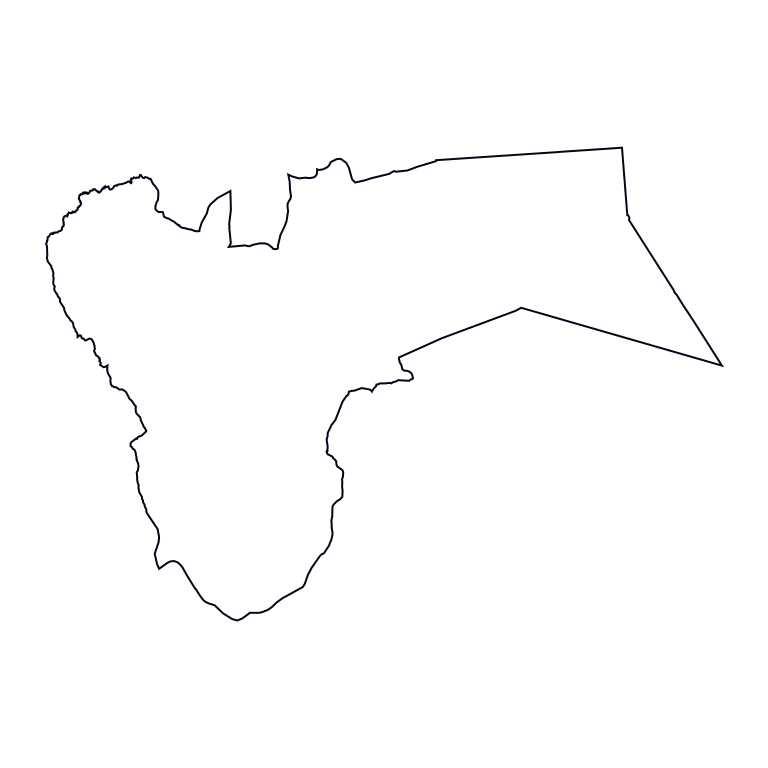 outline of Gatsibo, Eastern, Rwanda
{"feature_id": "39286606B53863210323147", "entity_name": "Gatsibo", "entity_type": "district", "adm_level": 2, "iso_a3": "RWA", "parent_name": "Rwanda", "parent_adm1": "Eastern", "projection": "robinson", "projection_center": [30.287, -1.667], "detail": "fine", "context": "isolated", "style": "outline", "palette": "ink", "viewbox_px": 768, "rotation_deg": 0, "n_neighbors": 0, "source": "geoboundaries", "source_scale": "gbopen_adm2", "svg_char_len": 5982}
<svg xmlns="http://www.w3.org/2000/svg" viewBox="0 0 768 768"><path d="M159.1,568.8L166.9,563.2L169.8,561.6L172.6,561.1L174.6,561.2L177.7,562.4L180.7,565.2L182.5,567.4L186.3,574.3L194.9,588.3L195.5,588.7L200.4,596.3L203.6,600.4L205.5,601.9L208.5,603.3L214.7,605.3L223.1,613.4L232.1,619.0L236.4,620.3L237.9,620.3L242.4,618.4L250.0,612.8L259.2,612.8L262.6,612.0L267.8,609.9L271.6,607.3L276.6,602.5L282.8,598.0L302.7,587.1L304.7,584.1L308.0,574.7L311.9,567.4L319.9,556.0L321.4,554.5L324.0,553.2L329.2,545.3L329.9,542.9L331.3,540.0L332.5,534.6L332.5,532.7L331.7,527.7L331.6,522.0L331.3,521.3L332.2,516.3L332.5,506.6L333.5,504.7L336.4,501.7L338.2,500.3L339.6,499.7L342.3,496.9L342.6,490.7L342.1,487.1L342.3,482.2L342.1,479.1L343.0,476.3L343.2,472.2L342.4,470.1L337.3,466.5L336.5,464.8L336.1,461.0L333.1,458.0L332.3,456.5L327.7,454.3L326.6,452.0L327.3,451.1L326.9,451.0L327.6,448.7L327.6,446.0L326.6,439.6L327.6,436.2L327.7,433.0L328.1,432.2L331.4,425.2L335.4,420.0L342.6,401.5L346.5,396.0L347.8,395.2L348.5,393.9L348.9,391.7L351.1,391.0L354.5,390.6L361.7,388.1L369.2,389.4L370.9,390.2L371.8,391.5L372.2,390.3L372.9,390.2L373.8,388.4L376.1,386.2L376.4,384.6L378.5,384.2L379.8,383.4L385.0,383.4L389.7,382.9L391.2,383.4L393.1,382.2L396.2,381.4L397.9,380.2L409.2,380.8L410.3,379.7L411.7,379.3L413.0,378.3L412.2,374.8L410.9,372.7L408.0,371.0L404.2,370.6L402.3,369.3L401.3,364.8L399.8,362.5L398.9,358.5L399.1,357.4L441.9,338.2L515.6,310.8L521.2,307.8L721.9,365.6L693.9,321.5L682.1,303.6L676.8,295.0L674.5,292.4L673.9,290.5L672.5,288.3L628.9,219.9L629.4,218.6L629.2,217.2L628.2,215.4L627.3,215.2L622.0,147.7L436.0,160.2L435.9,161.2L417.2,166.8L407.4,170.5L396.0,171.7L393.8,171.1L389.1,173.9L370.7,178.4L365.1,180.3L355.3,182.5L352.6,180.0L351.9,178.6L348.8,167.5L346.2,162.8L341.3,159.2L339.5,158.8L336.5,159.2L330.9,162.0L328.8,165.8L327.0,167.4L323.0,169.3L320.5,169.8L318.8,170.0L317.1,169.3L317.0,172.9L316.7,174.4L315.8,175.8L314.1,177.3L310.0,178.1L305.1,177.7L299.1,178.4L291.7,176.3L288.3,174.6L289.7,181.9L290.0,189.6L291.0,196.3L290.4,198.9L288.7,201.4L287.6,203.9L287.5,206.4L288.1,210.9L286.6,220.9L285.0,225.4L280.4,235.2L278.0,245.4L277.8,248.5L276.0,249.2L273.1,248.8L271.9,247.3L268.6,244.7L266.1,243.7L264.2,243.4L259.6,243.4L253.0,244.8L249.9,246.1L247.8,246.1L245.1,245.4L228.8,246.9L230.6,243.9L230.8,242.8L229.3,228.0L229.5,225.4L229.1,224.7L230.9,209.7L230.4,191.0L217.7,197.9L210.3,204.5L208.4,207.5L206.8,213.5L201.7,222.6L199.6,229.3L199.4,231.1L196.3,231.3L194.4,230.9L191.1,229.5L189.2,229.4L185.0,228.2L182.4,227.8L180.7,227.1L178.9,225.0L178.6,224.9L178.3,225.3L174.1,221.7L170.7,220.0L169.0,218.7L167.4,218.4L164.0,216.7L162.9,212.2L162.2,212.0L158.7,212.1L156.2,210.2L155.3,208.7L155.4,207.2L155.6,205.5L156.9,201.6L158.0,200.0L158.4,193.9L158.1,190.6L155.1,186.1L153.0,183.8L150.5,178.8L149.2,178.9L148.1,177.9L145.3,177.0L144.2,178.1L143.0,177.8L141.6,176.5L141.1,175.3L140.2,174.9L139.4,176.3L139.0,177.6L136.9,177.5L136.2,178.0L135.2,178.0L134.0,177.3L132.8,178.6L131.9,178.8L131.4,178.4L130.7,179.7L131.2,180.6L131.6,182.6L131.1,183.2L128.8,181.4L127.5,181.8L126.2,182.7L121.9,184.1L118.2,184.5L117.3,185.5L116.6,185.7L116.2,185.3L114.4,186.0L112.5,188.7L110.6,189.6L110.1,189.6L109.4,188.8L108.4,186.5L106.8,187.1L105.8,186.7L105.2,187.3L105.1,187.0L104.9,187.5L104.7,187.1L104.5,187.4L104.1,187.1L103.6,187.5L103.8,188.0L103.2,188.7L102.7,188.7L102.7,189.1L101.8,189.4L101.0,191.1L100.1,192.0L99.4,191.8L99.2,192.6L97.8,192.1L97.2,191.0L96.7,191.0L94.9,189.2L94.0,189.6L93.3,189.2L92.5,190.5L90.1,190.8L89.2,192.9L88.2,193.6L87.9,193.3L87.6,193.7L86.7,193.5L87.2,192.9L86.9,192.6L85.7,192.4L84.9,193.0L84.9,192.4L84.3,192.5L82.9,192.6L82.5,193.3L82.9,193.7L80.7,194.8L80.9,194.3L80.6,194.2L79.4,195.4L78.8,198.9L80.6,201.5L80.2,202.2L80.9,202.9L81.0,204.1L79.9,206.0L79.3,206.0L79.0,207.0L78.3,207.1L77.9,207.9L77.9,207.6L77.7,207.7L77.7,209.5L76.2,210.5L75.8,211.5L75.3,211.5L74.7,212.2L74.1,211.8L72.4,212.7L72.3,212.1L71.2,213.2L69.0,212.6L69.0,213.0L68.5,213.0L67.7,215.2L67.5,214.6L65.8,216.3L65.2,216.0L64.3,216.5L63.7,217.4L63.1,220.0L63.7,222.3L63.4,222.9L63.9,224.3L63.4,226.3L62.7,226.4L62.1,227.5L61.7,230.0L59.9,231.1L58.7,231.3L57.2,232.6L56.0,232.4L54.6,232.9L54.1,232.5L53.0,233.0L52.9,233.7L52.3,233.4L52.2,234.0L50.6,233.8L49.0,236.4L47.7,237.1L47.5,240.2L47.0,240.5L46.9,242.1L46.1,243.5L47.0,246.6L47.3,255.9L46.8,258.3L47.4,259.5L47.7,261.5L51.2,266.0L51.6,268.0L52.7,270.2L53.4,273.3L53.1,275.9L53.7,277.7L53.2,282.8L53.7,284.9L54.8,286.5L54.2,288.2L54.4,290.1L56.1,293.1L56.8,293.6L58.0,296.6L59.8,298.5L60.1,301.9L64.0,307.8L64.4,310.3L66.4,314.7L67.5,316.4L69.3,318.2L70.6,320.6L71.5,321.1L73.0,322.9L73.7,327.0L75.3,329.6L75.7,331.3L76.5,332.0L77.5,334.0L77.6,337.0L79.8,335.3L80.8,335.5L81.8,338.0L82.1,338.4L83.7,338.6L84.9,340.4L86.3,340.2L89.5,338.5L91.7,339.3L93.6,342.5L94.2,345.1L94.6,345.7L94.5,347.1L94.9,348.6L94.2,350.6L94.2,351.6L95.2,353.0L95.5,354.3L96.6,355.8L98.0,356.4L99.1,358.4L99.5,358.1L99.7,358.3L99.9,360.2L99.5,361.1L99.9,361.2L99.9,361.8L100.7,362.7L100.7,363.6L100.1,364.9L103.6,367.2L105.5,366.7L107.5,365.5L107.1,369.3L107.8,373.1L110.6,377.9L110.4,381.0L110.9,384.3L112.0,386.0L113.1,386.3L114.0,387.2L116.0,387.2L119.6,389.6L122.2,389.4L125.9,391.8L129.6,399.0L131.6,400.6L134.5,404.9L135.9,406.4L135.6,408.2L135.9,412.3L137.2,414.3L140.2,417.3L140.9,420.5L143.4,425.7L143.6,426.8L144.8,427.8L145.8,430.1L146.4,430.8L145.9,431.7L141.5,435.7L138.1,436.9L137.0,438.8L136.5,438.3L131.3,442.2L130.5,443.6L130.6,446.1L131.9,447.2L132.6,448.6L134.4,449.7L135.7,452.6L135.9,455.2L136.5,456.8L136.4,458.1L136.8,459.0L136.5,459.4L138.3,464.1L138.5,466.6L137.8,470.6L136.7,472.4L137.2,476.9L137.1,479.3L137.6,481.8L137.3,481.3L138.7,485.7L138.4,487.7L139.4,492.5L142.0,497.0L142.0,498.9L143.0,500.4L143.1,502.3L144.6,504.9L144.8,506.8L145.9,508.5L146.4,510.1L146.3,511.7L146.9,513.1L157.6,529.1L159.1,537.0L158.6,542.2L154.7,553.9L157.2,564.5L159.1,568.8Z" fill="none" stroke="#020617" stroke-width="2"/></svg>